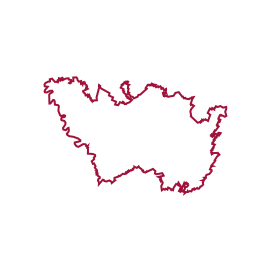 the district of Hueyapan de Ocampo, Veracruz, Mexico, rotated 27°
{"feature_id": "50627088B79595248212250", "entity_name": "Hueyapan de Ocampo", "entity_type": "district", "adm_level": 2, "iso_a3": "MEX", "parent_name": "Mexico", "parent_adm1": "Veracruz", "projection": "robinson", "projection_center": [-95.171, 18.195], "detail": "fine", "context": "isolated", "style": "outline", "palette": "rose", "viewbox_px": 256, "rotation_deg": 27, "n_neighbors": 0, "source": "geoboundaries", "source_scale": "gbopen_adm2", "svg_char_len": 5867}
<svg xmlns="http://www.w3.org/2000/svg" viewBox="0 0 256 256"><g transform="rotate(27 128 128)"><path d="M208.2,160.3L208.4,159.9L208.0,159.1L210.2,158.0L209.9,157.1L210.7,157.4L211.7,156.1L213.3,155.7L213.2,153.3L214.3,153.1L213.9,152.5L214.6,151.7L215.5,152.3L216.9,150.0L217.7,150.4L218.9,149.7L219.1,147.2L219.7,146.9L220.7,144.4L219.4,142.5L219.4,140.5L218.3,140.8L219.3,139.8L219.6,138.7L218.3,137.9L220.0,136.9L219.3,136.0L219.2,134.2L221.4,132.0L222.1,128.5L221.6,127.5L219.8,127.7L219.7,124.4L220.8,123.5L219.4,123.7L220.5,118.4L220.6,117.5L219.9,117.4L220.3,112.9L221.6,110.3L219.7,109.5L219.7,110.1L218.3,110.0L215.8,111.3L214.6,113.4L213.5,112.3L213.9,112.1L214.0,111.7L212.3,110.4L213.0,109.5L212.4,109.4L212.5,108.8L213.1,108.7L213.2,107.0L212.6,107.1L212.9,103.4L210.3,104.0L209.9,102.9L210.7,102.7L210.2,102.1L210.7,99.7L209.7,99.7L209.9,97.9L210.4,97.9L211.0,96.4L210.3,96.3L211.0,95.5L210.8,93.6L212.4,93.6L212.9,90.5L211.1,90.9L209.7,93.6L208.5,93.6L208.3,95.3L207.1,95.3L206.6,96.6L207.5,96.7L207.3,97.6L205.8,97.4L206.0,96.5L205.2,96.5L205.5,95.3L206.7,95.3L207.0,93.2L206.3,93.1L206.5,90.6L207.2,90.6L208.1,85.5L206.6,85.6L206.7,84.8L205.8,84.9L205.7,80.8L206.9,81.0L206.6,78.7L204.3,78.8L204.0,75.0L205.1,74.8L205.0,74.1L209.2,74.0L210.1,72.5L207.3,69.5L206.7,65.8L205.9,64.7L203.5,66.7L200.4,66.5L198.3,68.6L196.5,68.7L196.6,70.1L196.2,70.2L196.0,71.2L196.5,72.4L194.0,72.0L194.2,73.6L192.2,73.4L192.2,78.4L195.3,78.9L196.1,85.4L193.1,85.1L193.0,85.8L191.6,86.2L191.6,87.2L190.2,87.0L190.6,89.1L189.8,89.0L189.9,90.3L189.1,90.2L187.7,91.7L178.6,89.0L178.6,88.3L176.0,84.8L175.7,82.5L176.7,78.3L174.4,78.1L173.7,79.0L173.0,78.4L172.2,73.5L172.4,70.7L170.8,71.9L170.8,73.0L169.7,73.5L169.3,74.6L165.7,75.7L165.3,75.2L164.1,76.2L162.7,75.1L162.1,75.5L157.0,73.0L154.3,75.2L154.0,78.6L149.5,82.0L147.2,82.1L146.5,82.9L146.1,82.4L145.3,83.2L143.1,81.0L143.5,80.1L145.2,80.6L145.1,79.3L146.1,79.5L144.4,77.9L144.9,77.4L144.2,76.0L142.8,77.9L140.8,76.5L139.5,78.9L140.1,77.2L137.9,76.1L136.6,77.9L135.6,77.2L134.5,78.9L132.9,78.0L133.1,77.0L131.9,77.4L131.9,79.0L130.4,78.9L130.4,77.6L128.9,77.7L128.9,79.7L127.3,79.8L127.4,80.4L126.0,80.7L125.6,84.4L126.9,84.5L126.8,84.9L123.7,92.8L122.3,93.8L122.3,95.9L119.8,98.8L117.9,98.1L116.4,98.7L115.3,97.9L112.4,97.7L112.5,96.9L111.7,96.3L113.1,96.6L113.2,96.1L111.5,95.8L110.7,92.7L109.9,92.7L108.8,90.0L109.3,89.1L106.5,89.4L107.2,88.9L107.1,86.7L106.3,86.8L106.4,87.9L104.8,87.9L104.8,89.0L104.0,89.0L104.0,91.4L103.2,91.3L102.7,92.6L103.3,93.1L103.2,95.4L106.5,95.5L106.6,97.1L107.9,97.1L107.9,98.4L111.1,98.9L110.9,99.4L112.5,100.1L112.4,100.6L114.3,100.4L114.0,101.4L116.5,101.5L116.6,100.7L118.8,101.0L117.7,104.4L115.4,106.9L115.5,107.4L114.2,108.2L112.2,106.9L111.6,107.0L112.0,108.2L109.1,108.7L108.9,112.1L105.9,113.0L105.4,110.0L101.0,110.3L100.8,107.5L96.3,107.7L95.7,105.3L86.5,105.0L84.2,104.3L84.1,103.1L82.7,102.9L83.1,104.0L83.7,104.2L86.1,115.0L87.7,117.5L85.1,118.9L84.9,119.7L83.1,119.5L83.5,120.4L82.1,119.8L81.5,118.6L81.2,119.0L79.4,117.1L78.2,118.6L77.9,118.4L77.6,118.1L78.8,116.5L78.1,115.9L77.2,117.2L76.6,116.7L75.4,118.2L74.1,116.8L72.2,116.5L71.2,115.5L74.4,111.3L72.9,110.8L73.0,111.7L72.5,111.9L72.2,110.2L72.7,110.2L72.8,109.6L71.8,108.7L70.3,108.6L69.0,107.3L68.4,108.3L67.7,107.2L67.1,107.9L67.7,109.8L66.7,109.1L66.1,110.0L65.5,109.2L65.8,108.3L65.0,108.1L64.8,107.5L63.1,109.0L61.4,108.3L60.3,106.9L59.1,106.3L56.3,107.9L58.1,111.1L56.2,112.3L56.6,113.8L56.1,114.6L55.1,114.6L56.1,112.3L55.4,111.1L53.2,111.7L52.4,110.7L50.0,112.3L48.2,114.8L47.2,113.2L46.5,113.1L46.3,113.6L47.2,114.8L46.6,116.0L45.5,114.6L43.9,115.0L45.0,117.2L44.9,118.3L43.5,116.5L44.0,119.1L41.9,120.1L37.9,118.5L36.2,120.1L37.3,121.7L37.1,122.3L35.8,122.9L33.9,125.7L33.9,127.3L34.9,128.6L37.8,127.7L36.8,132.0L37.1,133.3L37.7,133.9L39.5,133.2L41.6,130.3L43.5,129.2L44.4,129.8L44.5,130.4L42.8,132.7L42.7,134.2L46.9,141.9L47.7,141.4L48.6,137.0L49.4,136.7L50.4,137.3L52.3,140.4L55.4,139.4L56.5,139.9L58.1,144.2L61.5,147.3L62.9,147.8L65.1,145.6L66.4,145.6L66.6,146.8L64.4,148.6L64.3,150.2L65.2,151.2L68.1,150.6L69.9,151.6L70.6,153.4L70.1,157.5L71.0,158.7L73.6,158.2L74.3,155.6L75.0,154.9L76.4,157.0L76.7,158.6L76.1,160.8L76.7,161.6L79.3,162.0L83.1,160.7L88.0,160.0L91.1,160.5L91.4,161.5L87.1,165.1L87.7,166.3L90.2,167.6L92.4,167.3L95.4,162.7L97.5,161.8L98.9,162.6L98.9,163.1L100.0,163.1L100.3,162.3L100.5,163.6L101.2,163.7L100.8,164.4L102.0,165.0L103.9,169.1L108.2,167.2L110.7,166.9L111.4,167.5L111.6,168.4L111.0,169.9L112.0,171.2L110.8,174.1L113.0,175.9L113.9,175.0L116.5,176.9L116.3,178.2L116.9,178.7L119.4,179.6L120.0,180.7L119.5,180.9L120.4,181.3L120.0,182.3L120.6,183.1L121.4,182.7L121.4,183.8L122.3,183.6L122.7,184.2L125.1,184.5L125.6,185.5L124.8,186.8L125.0,188.3L126.9,189.8L127.6,191.3L129.0,185.5L130.0,185.3L131.0,186.0L133.0,185.5L135.2,183.2L137.6,183.4L138.5,184.4L140.3,180.4L139.4,180.3L138.6,178.5L141.5,175.7L141.4,174.8L142.6,174.5L144.1,171.2L146.1,170.5L146.3,168.7L147.2,169.2L148.0,167.5L147.2,167.1L147.8,165.5L148.8,166.0L149.7,164.2L150.2,164.4L151.5,162.7L150.8,162.1L151.8,160.1L151.4,159.6L153.9,159.6L154.9,157.4L156.2,158.2L158.5,158.4L160.5,159.8L160.8,159.1L162.2,160.2L163.7,159.8L164.3,158.3L164.6,158.6L168.8,153.1L172.0,154.0L172.6,156.3L174.2,156.4L179.0,152.7L181.4,154.3L177.3,157.8L180.1,157.8L180.0,159.6L181.3,160.5L181.3,159.2L183.9,161.1L184.0,164.7L186.4,168.1L187.5,166.0L188.9,166.2L189.3,164.9L191.1,165.0L190.8,162.8L193.1,162.8L194.6,163.6L194.7,162.9L196.3,163.0L195.8,160.5L196.3,156.1L197.9,155.8L197.7,153.8L200.1,155.2L199.6,156.2L201.9,156.0L202.1,161.1L203.8,161.0L203.1,152.2L204.4,153.7L204.3,151.9L203.5,151.8L203.5,151.1L204.3,151.0L204.6,150.2L206.5,150.5L206.3,151.3L207.6,151.6L207.4,153.3L205.7,155.0L206.2,155.8L206.3,158.5L205.4,158.6L205.4,159.7L208.1,159.6L208.2,160.3Z" fill="none" stroke="#9f1239" stroke-width="2"/></g></svg>